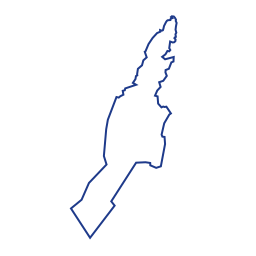 outline of Peshku, Bukhoro, Uzbekistan, rotated 252°
{"feature_id": "79887680B78868749126062", "entity_name": "Peshku", "entity_type": "district", "adm_level": 2, "iso_a3": "UZB", "parent_name": "Uzbekistan", "parent_adm1": "Bukhoro", "projection": "mercator", "projection_center": [63.754, 40.677], "detail": "fine", "context": "isolated", "style": "outline", "palette": "blue", "viewbox_px": 256, "rotation_deg": 252, "n_neighbors": 0, "source": "geoboundaries", "source_scale": "gbopen_adm2", "svg_char_len": 1369}
<svg xmlns="http://www.w3.org/2000/svg" viewBox="0 0 256 256"><g transform="rotate(252 128 128)"><path d="M181.4,193.4L181.9,184.5L185.1,182.5L186.5,186.4L189.1,189.3L188.2,190.9L189.1,192.3L191.2,191.9L197.2,194.8L195.5,197.0L195.3,198.5L196.0,199.9L197.6,200.6L199.0,199.9L199.6,200.3L199.9,201.7L202.5,202.1L203.7,203.4L206.8,203.6L209.8,205.0L212.9,206.7L215.1,206.5L216.2,207.1L218.3,206.7L219.9,206.0L220.7,204.2L220.3,203.3L218.8,204.0L218.8,202.4L217.6,201.7L218.2,199.0L217.9,198.1L217.0,196.9L213.9,193.8L211.4,192.3L210.2,191.4L210.1,190.2L211.2,188.8L209.6,188.4L209.3,185.0L206.0,179.2L201.5,173.5L195.5,168.3L195.3,167.5L189.4,167.6L187.6,163.5L183.3,160.7L181.2,155.7L176.4,153.3L175.2,153.1L174.9,151.6L172.2,150.2L169.4,146.6L166.6,149.1L166.5,137.6L164.9,136.6L165.0,134.5L161.1,133.9L160.6,130.6L159.8,128.6L161.0,126.6L142.1,111.4L133.6,106.9L108.8,96.4L99.9,96.3L87.8,73.9L74.1,61.7L69.1,48.9L35.3,58.0L58.3,91.3L63.4,89.4L92.5,125.0L90.0,134.1L87.9,138.3L85.6,137.7L81.4,142.5L81.4,147.4L101.3,158.3L108.2,160.0L109.2,158.0L111.3,157.9L121.3,163.9L128.0,171.4L128.6,173.3L136.4,171.1L136.7,169.2L137.5,168.1L137.3,166.2L141.9,164.2L148.9,165.9L150.4,163.7L154.6,167.4L157.0,171.7L161.9,171.8L162.0,176.1L165.6,181.0L169.3,180.8L171.5,181.7L171.7,185.2L177.0,189.5L177.2,191.8L181.4,193.4Z" fill="none" stroke="#1e3a8a" stroke-width="2"/></g></svg>